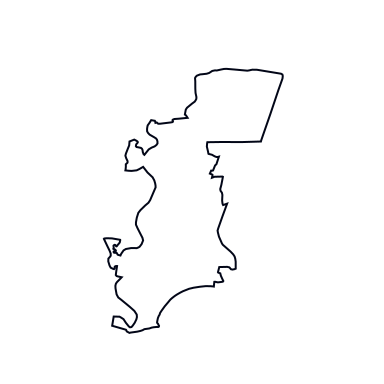 the district of Phan Rang-Thap Cham, Ninh Thuận, Vietnam, rotated 57°
{"feature_id": "81297802B48689828615161", "entity_name": "Phan Rang-Thap Cham", "entity_type": "district", "adm_level": 2, "iso_a3": "VNM", "parent_name": "Vietnam", "parent_adm1": "Ninh Thuận", "projection": "natural_earth1", "projection_center": [108.979, 11.602], "detail": "fine", "context": "isolated", "style": "outline", "palette": "ink", "viewbox_px": 384, "rotation_deg": 57, "n_neighbors": 0, "source": "geoboundaries", "source_scale": "gbopen_adm2", "svg_char_len": 4391}
<svg xmlns="http://www.w3.org/2000/svg" viewBox="0 0 384 384"><g transform="rotate(57 192 192)"><path d="M141.9,52.6L141.3,52.9L124.9,70.9L122.4,74.6L121.8,76.0L121.2,77.7L120.4,79.5L112.7,89.3L107.5,96.0L106.2,98.2L105.0,101.2L103.6,105.0L102.5,106.5L101.5,109.1L101.5,112.8L100.8,115.3L98.9,119.1L97.8,121.2L97.1,124.5L97.4,126.1L98.1,127.4L101.0,129.0L107.4,133.1L110.9,135.1L114.8,136.6L116.3,137.7L117.1,139.1L117.7,140.5L117.9,143.9L118.6,150.2L119.5,152.3L122.1,154.8L123.2,155.8L124.4,155.3L127.4,155.3L123.2,163.4L121.2,167.0L120.9,168.6L121.1,169.2L122.4,169.5L122.8,170.2L122.1,171.9L117.4,181.5L116.3,183.2L114.5,183.7L114.1,185.0L112.6,184.4L112.0,184.4L111.4,185.1L109.5,187.1L110.9,190.1L112.0,192.9L113.3,194.2L114.7,195.4L116.7,196.6L118.5,196.7L120.8,196.3L125.5,193.9L127.5,193.0L129.0,192.9L130.7,193.4L132.5,194.5L133.2,196.2L133.4,198.5L132.8,201.7L132.7,205.1L133.6,207.8L134.9,211.7L133.9,212.0L131.7,211.5L129.8,210.6L128.4,210.4L127.9,210.6L127.2,210.8L125.0,213.0L124.1,214.0L123.0,214.1L122.0,213.2L121.6,212.7L121.1,210.9L120.7,210.3L120.1,210.2L118.9,210.6L116.6,211.9L115.6,216.9L118.7,219.3L121.0,222.6L123.8,226.5L125.3,228.1L127.9,228.8L130.9,229.2L131.8,229.7L132.3,230.2L132.7,232.4L134.9,233.8L136.9,235.4L137.6,236.1L139.5,233.8L141.4,231.2L142.7,228.6L143.7,226.6L144.1,223.5L144.3,219.3L151.4,218.7L158.4,217.0L158.9,217.1L161.7,217.3L164.7,218.2L166.6,219.0L168.3,220.0L171.5,224.8L176.0,231.5L177.3,234.4L177.8,238.5L179.1,245.0L180.2,248.3L183.4,252.2L186.9,255.5L188.9,256.8L192.8,257.4L199.4,258.1L201.4,258.3L203.4,258.5L206.0,259.4L208.3,262.7L208.6,263.6L209.0,264.7L209.4,265.9L209.3,267.3L209.1,268.2L209.0,268.9L207.2,271.5L205.9,273.5L205.4,274.7L203.8,278.5L203.7,281.2L205.3,285.1L206.3,286.6L205.5,287.3L204.5,288.2L203.9,288.5L203.2,288.4L202.4,288.3L202.1,288.4L201.7,288.8L200.6,290.3L200.3,290.5L199.8,290.5L199.4,290.3L199.2,290.0L199.3,289.5L199.9,288.2L199.9,287.9L199.7,287.8L199.5,287.7L198.7,287.8L197.9,288.1L197.2,288.7L196.8,288.9L196.1,288.0L195.1,287.5L194.4,287.2L194.2,286.9L194.1,286.3L194.2,285.6L194.7,285.2L195.3,285.1L196.2,285.2L196.4,285.1L196.5,284.8L196.5,284.6L195.9,283.0L195.5,281.6L195.0,280.1L193.4,278.5L193.0,278.3L192.3,279.0L187.3,284.4L184.4,288.6L183.6,290.1L183.2,291.0L183.3,291.4L191.5,292.5L196.5,293.1L199.3,293.7L201.2,294.9L201.7,296.2L202.3,298.4L204.6,300.0L208.8,301.2L211.2,301.4L213.7,299.9L214.2,299.4L213.9,298.6L212.5,297.4L212.7,296.0L213.3,295.2L217.6,299.0L220.1,301.1L221.4,301.0L222.5,300.1L225.2,297.4L225.6,299.0L226.7,304.0L227.4,305.7L228.9,307.3L231.1,308.6L236.8,311.0L240.3,311.3L241.4,310.9L244.0,310.0L254.5,306.7L260.4,305.1L264.7,305.1L266.9,306.3L268.2,307.7L268.5,308.0L270.5,311.3L271.8,314.5L272.3,316.3L271.7,317.7L270.4,318.2L265.7,318.7L261.3,318.7L258.4,320.0L257.1,320.7L253.8,325.5L260.7,331.8L270.4,323.4L271.6,322.4L272.1,322.4L272.8,322.6L273.5,322.6L276.1,321.2L276.3,320.6L276.4,320.2L279.3,314.0L280.4,311.0L281.0,308.7L281.1,306.7L281.4,306.0L283.2,302.1L283.8,299.6L284.6,297.7L286.0,295.0L286.8,293.9L286.9,293.3L286.7,292.9L286.2,292.5L285.2,292.5L284.2,292.3L283.9,292.3L283.0,292.5L282.3,292.3L280.7,290.8L279.2,289.3L277.8,287.3L277.2,285.9L276.8,285.5L276.1,284.7L274.9,282.0L273.0,277.1L271.5,272.1L270.7,269.6L270.4,268.5L270.1,266.4L269.9,264.3L269.8,262.5L269.8,260.2L270.0,256.5L270.3,253.6L271.6,247.1L272.4,244.9L273.1,242.9L275.8,236.9L278.5,231.6L281.3,227.5L282.8,225.6L283.2,225.2L279.5,222.2L279.8,221.6L281.9,219.5L283.7,215.8L284.0,214.8L283.7,214.2L281.2,213.9L278.0,213.4L275.6,212.6L273.9,213.9L273.4,213.9L269.8,210.0L274.0,203.2L275.6,201.7L278.0,201.4L279.1,200.3L279.9,198.3L280.1,197.1L274.2,193.3L271.6,192.1L269.3,191.4L266.8,191.4L263.0,192.1L253.0,194.9L251.4,194.9L244.1,193.7L240.0,192.3L238.2,191.5L237.4,190.5L237.0,190.1L229.0,179.7L220.9,168.9L219.9,173.0L218.5,172.8L215.6,171.4L211.0,168.1L208.9,167.3L206.5,167.4L204.9,166.7L201.9,163.4L196.1,157.8L195.7,158.0L193.4,161.7L191.5,164.8L190.9,167.5L189.0,165.5L188.1,165.7L186.3,167.0L184.5,164.3L185.2,163.3L185.4,162.6L182.3,158.2L182.0,156.4L177.0,150.2L176.6,151.5L176.0,152.4L174.5,153.5L171.6,155.0L169.0,157.4L168.9,157.4L167.0,156.6L162.0,154.8L159.4,152.8L158.6,152.0L166.4,139.6L177.1,123.3L187.2,106.7L186.2,105.6L169.5,84.1L153.7,64.2L146.2,54.4L144.7,53.1L143.7,52.5L142.7,52.2L141.9,52.6Z" fill="none" stroke="#020617" stroke-width="2"/></g></svg>